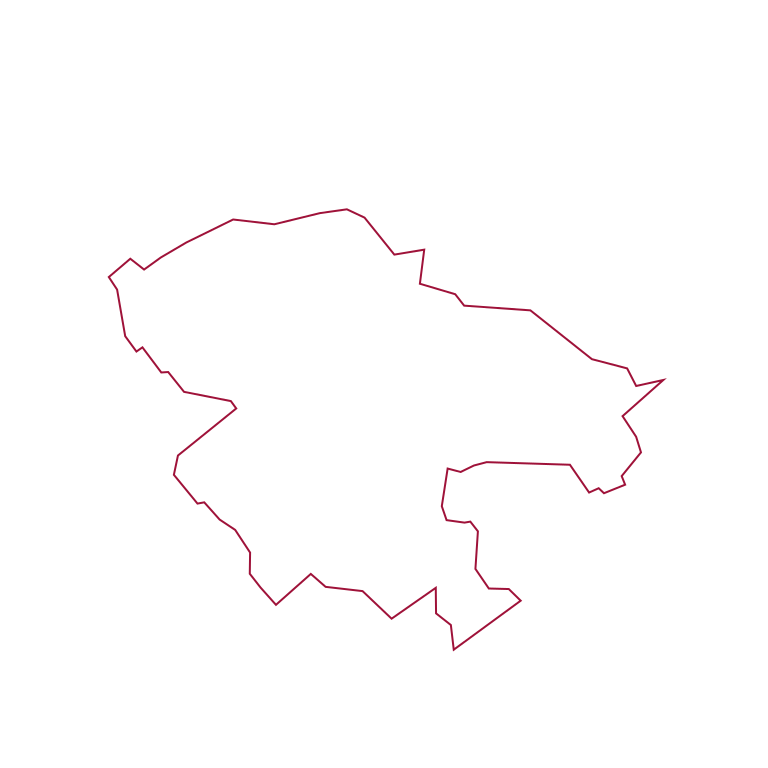 outline of Berat, Berat, Albania, rotated 142°
{"feature_id": "67620474B3220488890929", "entity_name": "Berat", "entity_type": "district", "adm_level": 2, "iso_a3": "ALB", "parent_name": "Albania", "parent_adm1": "Berat", "projection": "equal_earth", "projection_center": [19.979, 40.671], "detail": "fine", "context": "isolated", "style": "outline", "palette": "rose", "viewbox_px": 768, "rotation_deg": 142, "n_neighbors": 0, "source": "geoboundaries", "source_scale": "gbopen_adm2", "svg_char_len": 1006}
<svg xmlns="http://www.w3.org/2000/svg" viewBox="0 0 768 768"><g transform="rotate(142 384 384)"><path d="M409.7,129.1L411.9,145.6L427.3,158.3L425.8,182.0L400.7,210.1L400.7,222.4L405.9,225.2L418.5,238.2L413.7,252.1L385.9,278.2L377.8,267.5L363.3,264.4L351.2,259.2L287.2,205.9L289.2,172.2L279.0,169.7L277.9,162.5L256.0,156.2L253.4,165.1L223.6,171.9L217.8,187.2L215.8,211.8L161.4,215.2L186.5,227.2L182.8,246.6L204.9,275.6L223.3,351.9L272.6,396.4L272.6,410.9L294.0,440.9L269.6,465.1L296.2,479.6L296.9,527.1L305.7,544.5L329.3,558.1L372.1,577.4L401.6,606.5L452.6,617.2L482.0,621.1L502.6,621.9L506.8,638.9L535.0,637.7L536.2,622.7L558.5,581.0L559.1,562.0L551.8,561.6L552.4,530.2L546.7,526.3L546.4,500.9L515.2,464.8L515.5,455.7L590.4,454.5L605.5,441.8L604.6,404.6L598.5,401.4L597.0,378.4L591.1,360.6L593.3,333.6L606.6,317.1L606.6,299.7L605.1,276.5L558.6,279.4L554.9,260.1L528.4,234.0L522.5,194.4L468.7,191.5L484.2,171.2L479.7,152.9L492.6,131.7L409.7,129.1Z" fill="none" stroke="#9f1239" stroke-width="2"/></g></svg>